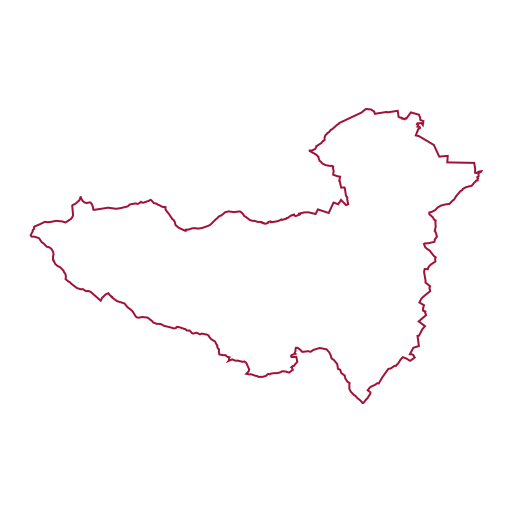 outline of Hunedoara, Hunedoara, Romania
{"feature_id": "2599482B17115998524758", "entity_name": "Hunedoara", "entity_type": "district", "adm_level": 2, "iso_a3": "ROU", "parent_name": "Romania", "parent_adm1": "Hunedoara", "projection": "equal_earth", "projection_center": [22.876, 45.766], "detail": "fine", "context": "isolated", "style": "outline", "palette": "rose", "viewbox_px": 512, "rotation_deg": 0, "n_neighbors": 0, "source": "geoboundaries", "source_scale": "gbopen_adm2", "svg_char_len": 6047}
<svg xmlns="http://www.w3.org/2000/svg" viewBox="0 0 512 512"><path d="M362.6,403.0L363.6,402.8L365.7,399.9L367.4,398.3L370.4,393.5L370.4,392.3L367.7,390.3L369.6,387.8L370.9,386.7L374.9,384.9L377.3,383.2L378.7,383.5L382.2,377.5L388.3,368.9L390.8,368.4L394.4,365.9L396.0,365.9L396.9,364.5L397.6,364.2L400.8,359.3L402.8,357.2L406.4,358.5L409.6,360.6L410.4,360.7L414.7,357.5L413.1,354.9L412.1,354.4L409.9,354.2L413.3,347.8L418.9,346.0L417.5,335.9L419.0,335.7L422.3,329.3L425.0,326.2L418.7,321.4L426.1,315.1L425.1,312.5L425.4,311.5L423.0,310.6L423.1,308.1L424.0,305.2L419.4,302.5L421.1,299.1L422.5,297.4L430.2,291.1L429.4,287.9L430.1,286.2L425.5,282.6L425.6,280.9L424.1,272.3L424.3,270.3L424.7,269.0L427.8,269.2L428.2,267.6L429.4,266.0L430.9,264.5L435.4,261.5L435.1,258.8L435.7,257.3L433.9,256.0L429.7,250.6L426.7,248.6L425.3,247.3L423.9,244.0L424.8,243.4L428.0,243.3L434.2,241.9L434.5,241.6L434.9,239.3L437.0,236.5L436.3,234.7L436.4,234.0L435.6,232.5L435.1,230.6L434.8,230.6L435.7,226.6L435.4,222.9L435.4,221.4L435.7,220.6L434.1,219.6L432.9,217.4L429.3,214.1L429.3,212.5L432.1,211.7L435.3,210.0L437.8,207.4L440.8,205.6L445.4,204.4L449.5,203.9L452.0,201.2L454.1,199.5L456.4,195.8L460.4,191.2L462.3,190.0L462.7,189.0L466.1,187.1L471.4,185.8L472.4,185.0L473.8,183.1L475.6,181.5L476.0,180.7L477.6,180.4L477.6,179.2L478.1,178.6L477.2,177.2L478.6,176.3L478.6,174.8L478.3,173.5L479.8,172.3L480.7,172.2L481.3,171.2L479.0,171.6L476.4,173.0L475.1,172.8L475.1,168.4L474.2,162.9L447.3,162.4L447.7,155.9L439.2,156.6L433.9,145.0L418.9,136.1L415.8,135.4L418.2,129.2L420.0,128.0L419.6,126.9L417.4,126.6L418.1,124.5L417.0,124.1L417.5,123.3L421.4,123.1L422.8,125.0L423.4,121.1L420.4,120.0L420.1,117.6L419.0,114.7L410.9,112.4L406.4,118.5L405.4,118.3L404.7,119.3L402.4,118.2L401.6,119.4L402.1,118.1L401.9,117.8L399.2,117.3L398.6,116.9L397.7,110.8L387.4,112.4L386.9,111.9L374.9,113.8L374.1,111.5L371.1,109.5L365.9,109.0L361.4,112.6L339.3,123.0L338.6,124.0L337.7,124.3L332.1,129.3L330.8,129.8L329.1,132.0L327.3,133.2L327.2,133.6L325.7,134.9L324.9,136.5L324.6,137.6L324.5,140.2L322.6,141.4L321.3,143.1L316.2,146.3L316.2,147.0L315.6,148.3L314.9,149.2L311.4,150.6L309.7,150.5L309.7,151.0L315.8,154.4L318.4,156.7L318.6,158.2L319.6,160.8L320.9,161.7L322.2,163.4L325.5,165.1L329.7,165.9L331.9,165.9L333.2,166.5L332.9,167.6L333.7,171.5L333.3,173.0L333.2,174.7L337.0,176.1L340.1,176.7L339.3,180.6L339.6,180.6L341.0,187.0L341.2,187.6L344.5,187.5L344.9,188.6L346.0,195.9L347.1,197.0L347.4,197.9L347.1,199.0L348.2,204.2L346.1,205.1L341.0,199.9L339.8,202.0L338.5,203.4L338.3,204.2L333.5,202.6L328.7,213.0L317.9,209.4L315.6,214.0L308.5,212.3L304.4,212.4L299.2,213.6L299.8,214.5L295.7,216.1L294.7,215.6L294.0,214.5L293.4,214.7L293.9,215.7L293.1,214.9L293.4,215.8L292.8,215.0L291.2,215.4L290.9,215.6L291.2,216.5L290.6,215.8L288.1,217.7L286.5,218.1L286.4,218.7L282.0,219.9L281.4,219.4L278.2,221.1L271.0,222.3L270.6,221.4L270.0,221.5L268.3,222.0L268.1,222.8L267.8,222.9L266.2,223.6L264.5,223.7L262.5,222.9L262.9,222.7L261.3,222.0L257.6,221.9L254.8,220.9L252.2,220.8L249.8,220.0L245.3,216.5L244.3,216.2L243.4,214.6L241.8,212.7L240.0,211.4L233.7,212.1L228.7,211.4L225.4,212.1L221.5,215.3L218.8,216.5L216.9,218.6L216.0,219.1L210.5,224.6L208.6,225.7L202.1,228.0L198.3,228.6L195.1,228.2L192.2,228.3L188.9,229.5L185.9,229.7L186.1,230.6L185.2,230.8L178.9,227.9L175.9,225.4L175.5,224.9L174.7,221.8L173.8,220.1L172.2,219.0L169.3,214.5L165.5,209.6L165.5,207.1L162.5,206.9L159.0,205.0L157.6,204.6L156.7,203.7L153.8,203.1L151.4,200.3L150.4,199.9L148.7,200.9L143.4,202.7L142.3,202.7L140.9,201.8L139.9,202.8L138.1,203.8L137.1,203.9L135.9,203.4L131.4,204.1L129.8,204.5L127.7,206.4L120.7,208.1L116.2,208.8L108.2,207.7L93.9,209.9L93.3,209.6L93.0,207.3L92.0,204.5L90.7,202.6L89.8,202.4L86.5,203.0L84.7,202.5L82.7,201.0L81.0,198.1L80.8,196.4L79.5,200.1L75.8,203.5L72.7,205.1L72.2,205.6L73.1,215.2L72.5,216.8L71.0,218.9L65.5,222.5L62.6,221.5L56.2,220.8L49.8,222.1L47.8,222.2L44.9,221.8L38.5,224.9L34.6,226.4L34.1,226.9L34.1,228.8L32.8,230.0L32.7,231.4L31.3,233.9L30.7,235.5L31.8,236.7L34.2,236.6L38.6,238.0L39.4,238.7L41.6,242.1L43.7,243.5L46.7,246.7L49.1,247.2L51.1,248.6L52.0,249.7L53.3,252.5L53.4,254.0L53.6,254.6L52.9,256.7L53.1,257.0L53.0,259.5L53.7,260.4L53.4,260.8L54.1,261.6L55.2,263.9L57.4,265.9L60.0,267.1L63.6,270.7L63.7,271.6L65.4,274.1L65.9,276.0L65.6,279.1L68.1,281.3L70.3,282.6L71.1,283.6L77.0,288.1L80.9,289.3L82.8,289.1L85.9,291.1L88.3,291.0L90.6,291.8L100.7,300.7L102.0,298.0L103.4,296.6L105.4,294.6L108.3,293.2L109.9,295.3L111.9,296.7L111.6,297.0L112.1,297.5L117.0,301.1L124.4,303.4L127.6,307.3L130.2,309.2L132.6,311.3L135.6,316.3L136.8,317.4L138.8,317.7L142.3,317.0L147.6,317.6L152.2,321.2L153.2,322.5L156.7,323.8L160.7,324.0L164.2,325.9L171.1,327.5L173.4,328.4L175.8,328.2L176.5,327.1L177.1,326.8L180.0,327.4L184.5,329.0L185.4,329.1L186.8,330.5L189.7,330.5L191.8,333.0L193.1,333.6L196.7,332.7L200.0,334.4L201.8,333.6L207.2,334.7L208.7,335.6L208.7,336.2L211.2,339.2L215.2,341.6L215.9,343.5L217.3,345.4L217.1,346.0L217.8,348.3L219.0,349.3L218.9,351.8L219.3,354.4L223.1,355.2L225.7,355.2L226.2,355.9L227.4,356.8L229.5,357.3L228.9,359.0L229.2,360.1L228.6,360.9L232.2,359.4L235.3,360.7L238.1,360.7L242.6,361.8L244.4,361.5L246.2,362.8L249.2,369.4L248.7,371.3L246.3,373.8L248.7,374.3L251.7,374.4L255.1,375.7L257.0,376.0L258.5,376.9L262.5,376.9L266.1,375.8L267.4,374.4L268.4,373.9L269.6,374.3L270.6,373.7L273.7,373.2L277.3,373.1L280.5,372.3L281.9,371.3L285.2,371.4L289.0,372.6L292.8,369.9L292.0,367.9L291.3,367.3L292.7,366.1L293.7,366.0L297.3,361.8L296.3,356.8L291.7,357.1L291.3,356.9L291.1,355.9L291.7,355.0L295.2,353.8L294.7,353.5L294.6,353.1L295.4,351.3L295.6,348.8L295.9,347.8L297.6,347.8L300.1,349.6L302.3,351.9L308.2,351.2L310.6,351.8L313.4,349.9L319.7,348.0L326.5,349.3L329.1,352.2L330.6,355.0L331.4,358.0L332.5,359.2L333.6,359.7L337.2,364.0L338.0,368.9L340.2,369.7L341.0,372.3L341.6,373.4L344.7,375.5L345.3,378.4L347.5,381.8L349.6,383.0L349.3,385.0L349.4,388.9L350.8,391.7L354.1,395.1L355.1,395.6L357.5,398.2L360.6,400.7L362.6,403.0Z" fill="none" stroke="#9f1239" stroke-width="2"/></svg>